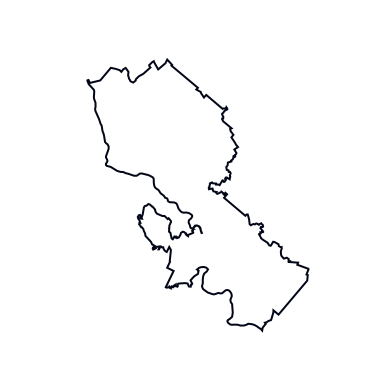 Skrundas pag., Skrundas, Latvia (Albers equal-area conic projection), rotated 322°
{"feature_id": "27541924B9575577948476", "entity_name": "Skrundas pag.", "entity_type": "district", "adm_level": 2, "iso_a3": "LVA", "parent_name": "Latvia", "parent_adm1": "Skrundas", "projection": "albers", "projection_center": [22.046, 56.695], "detail": "fine", "context": "isolated", "style": "outline", "palette": "ink", "viewbox_px": 384, "rotation_deg": 322, "n_neighbors": 0, "source": "geoboundaries", "source_scale": "gbopen_adm2", "svg_char_len": 6105}
<svg xmlns="http://www.w3.org/2000/svg" viewBox="0 0 384 384"><g transform="rotate(322 192 192)"><path d="M115.3,253.4L115.6,253.7L115.7,254.4L115.9,254.7L116.4,253.4L116.6,254.0L117.2,254.5L118.0,254.1L118.4,255.4L119.2,255.3L119.7,254.6L120.9,254.7L120.1,255.1L120.0,255.5L121.4,256.2L122.1,257.6L122.8,257.5L123.5,256.4L123.5,255.8L125.0,255.9L130.0,259.2L132.2,261.3L131.4,264.6L132.7,265.8L134.1,264.5L134.4,264.8L135.7,264.4L136.5,260.7L141.6,259.8L146.3,260.2L148.7,258.1L148.3,257.6L148.8,256.8L148.4,256.2L150.9,256.1L152.8,256.8L155.1,258.3L156.6,260.3L157.0,262.8L154.8,263.7L151.4,263.8L148.9,265.3L146.4,267.8L144.6,270.3L141.7,272.6L141.0,275.1L141.3,276.7L142.6,281.0L145.4,285.3L146.4,286.3L150.6,287.8L152.1,289.5L153.3,290.3L157.6,290.2L158.7,290.4L159.9,291.4L160.6,292.7L160.7,294.6L160.3,296.8L159.2,298.6L156.0,300.5L155.2,301.7L154.7,303.0L154.6,305.0L149.9,312.1L146.8,315.0L143.5,315.3L141.5,315.0L140.6,315.3L140.2,315.9L139.9,317.3L140.6,320.0L141.4,320.9L145.9,324.3L148.2,327.3L150.9,329.3L153.4,330.2L155.1,330.4L157.9,333.1L159.5,335.5L160.6,338.3L161.2,340.6L161.9,342.4L162.0,344.4L164.2,342.4L168.9,341.3L169.0,339.9L170.6,340.6L172.8,340.7L175.5,341.6L182.0,337.0L183.3,335.4L184.7,341.9L228.2,332.8L232.1,328.7L231.4,327.5L236.3,324.6L236.4,324.1L230.2,314.2L232.1,313.0L225.5,307.0L226.4,306.7L225.5,306.0L226.9,304.4L226.2,302.1L223.3,301.0L223.2,297.1L223.8,295.9L225.5,293.4L227.9,291.8L228.7,290.6L228.1,290.4L227.1,288.1L228.0,286.4L226.1,282.0L225.3,281.2L221.2,282.8L220.9,282.8L220.0,281.6L220.3,278.6L218.4,273.0L218.0,271.1L218.7,267.8L219.0,267.5L218.8,267.4L219.0,267.0L218.8,266.7L219.1,266.4L220.6,266.9L221.1,266.4L220.9,266.1L221.1,265.8L221.9,266.5L222.5,266.2L223.1,267.3L223.5,267.3L223.7,267.0L223.7,262.6L224.8,262.0L226.1,263.1L226.8,263.0L227.5,261.5L227.1,259.7L227.2,259.3L225.2,258.8L224.5,259.0L224.0,257.4L223.2,256.3L221.7,256.3L220.7,255.0L217.9,254.4L217.6,252.9L220.2,248.6L222.1,244.0L221.2,243.3L219.4,243.6L213.7,216.3L218.2,215.4L217.8,213.2L215.7,214.2L215.5,212.8L216.1,212.4L215.8,211.7L215.4,209.9L215.1,210.1L210.9,209.1L210.6,208.6L210.6,206.9L211.1,206.9L209.3,204.7L209.5,203.5L209.8,203.3L210.3,201.9L207.1,200.3L207.7,199.1L208.9,198.9L209.0,198.3L210.7,197.2L211.2,196.5L212.0,196.3L213.6,196.8L213.4,197.6L216.2,200.2L215.5,200.9L217.7,202.7L218.0,203.6L223.1,201.6L223.5,202.1L223.3,203.6L223.9,204.0L226.2,203.3L226.0,202.4L226.3,201.9L227.5,201.4L228.3,202.0L228.3,202.6L228.6,202.7L229.5,205.2L231.7,203.3L232.0,202.3L233.8,201.2L234.2,200.5L234.3,199.7L233.3,198.8L234.1,197.4L233.0,196.0L234.3,193.5L236.5,192.9L238.4,190.9L241.6,192.1L241.6,191.6L241.9,191.3L244.1,191.4L245.2,190.9L246.6,189.4L246.9,189.5L247.1,190.6L247.8,190.7L248.1,190.3L247.8,189.3L249.9,189.3L251.0,188.7L251.5,184.6L255.9,184.9L255.8,181.7L256.2,179.8L256.7,173.2L259.8,172.5L259.9,167.9L260.9,165.8L262.4,166.2L260.1,155.6L260.5,153.2L261.1,152.7L261.9,153.2L263.1,151.9L263.1,150.6L263.8,148.9L265.5,148.8L267.5,148.1L270.7,148.6L271.2,147.8L271.3,146.3L270.4,146.8L268.8,146.1L267.9,145.3L267.3,145.3L263.0,124.3L259.6,124.9L260.0,119.4L260.5,118.6L258.5,113.9L260.8,113.5L253.6,79.8L254.6,79.6L254.0,72.4L250.3,74.2L240.8,74.6L242.1,66.2L242.4,65.4L240.5,65.2L236.3,65.7L235.9,66.7L235.9,68.3L226.4,68.9L221.3,68.1L217.2,68.6L216.2,69.5L213.1,69.6L211.9,67.4L211.7,66.4L212.1,65.3L212.1,64.2L213.5,60.7L215.9,58.2L216.1,53.4L213.4,53.0L210.3,53.8L210.0,51.5L207.9,48.3L204.5,44.2L188.4,47.6L178.7,43.2L179.4,40.0L178.4,39.6L178.0,40.0L177.0,43.6L177.6,51.2L176.8,52.7L173.2,56.7L172.1,58.5L171.0,62.1L168.7,65.2L166.7,67.0L165.8,68.7L163.6,77.4L162.0,81.8L161.6,84.2L159.0,88.9L158.2,91.6L157.2,93.8L154.3,99.0L154.3,100.6L154.8,102.4L154.4,104.7L153.2,106.3L152.1,107.2L146.1,111.0L145.5,111.9L145.0,114.3L144.5,115.4L144.0,115.9L141.5,116.8L140.8,117.9L141.0,119.0L143.4,122.2L145.9,129.0L147.9,132.0L150.2,134.0L151.2,136.2L152.8,138.1L156.4,143.6L158.6,145.2L162.2,145.4L163.9,146.5L168.3,152.2L169.6,155.0L170.1,156.5L170.0,158.0L167.7,161.0L166.2,163.6L165.7,165.4L165.8,166.7L166.8,169.9L166.5,173.8L167.4,177.1L167.5,178.5L167.3,180.0L168.4,181.7L168.3,182.7L167.6,184.0L167.5,184.7L168.2,186.4L171.4,189.1L172.4,190.7L172.6,192.3L171.1,197.0L171.1,199.7L171.4,201.4L172.6,203.1L174.9,204.7L176.6,206.7L177.5,209.2L177.7,210.2L177.4,211.1L176.4,211.8L174.7,212.3L172.7,212.3L171.6,212.8L170.4,214.3L169.9,216.8L169.1,218.4L168.9,219.7L169.3,220.6L170.2,221.2L173.7,220.4L175.2,221.3L176.4,223.2L176.6,224.7L176.3,225.9L175.1,228.3L174.6,230.3L174.3,230.2L174.9,228.3L175.9,226.1L176.3,224.0L175.9,222.5L175.4,221.8L174.0,220.8L170.0,221.5L170.1,221.8L169.8,221.6L169.5,222.6L169.2,222.9L168.1,222.8L168.1,224.6L167.7,224.9L162.7,223.5L161.7,224.4L161.2,222.7L161.7,221.5L161.2,221.5L161.4,219.6L161.0,218.5L160.4,217.7L158.3,217.4L156.3,218.7L153.7,219.7L152.5,219.4L152.4,218.6L151.7,218.8L151.6,218.1L152.3,218.1L151.9,218.0L151.8,217.7L152.2,217.6L152.1,217.3L150.8,217.5L150.6,216.3L147.7,217.4L147.4,216.6L147.4,216.0L149.9,210.7L149.5,209.6L149.5,209.1L151.3,207.1L151.4,206.5L152.2,206.1L153.4,204.6L157.0,202.7L157.5,201.9L157.5,199.7L157.4,198.3L156.2,198.4L155.6,194.0L153.9,192.7L151.1,187.6L151.0,186.3L151.3,184.3L152.1,183.2L151.9,179.2L151.5,178.8L151.5,178.2L151.1,176.0L150.2,174.6L147.9,174.8L146.1,174.1L144.8,174.4L139.0,179.6L136.6,181.0L136.2,182.3L135.5,181.7L135.2,180.4L137.0,179.0L136.9,178.0L135.8,177.6L133.9,178.3L133.2,180.0L133.2,181.7L132.3,184.5L131.6,183.9L130.4,185.0L130.6,185.5L130.3,188.4L130.7,188.5L130.9,191.0L130.1,192.9L129.6,195.5L128.3,198.0L129.0,206.1L128.3,208.8L129.0,210.0L128.9,210.7L129.3,211.1L129.6,212.3L129.1,212.7L128.9,212.3L127.0,211.8L126.2,212.4L126.0,213.5L128.5,214.0L128.2,212.6L128.5,212.3L129.5,213.2L129.9,212.9L130.8,213.8L132.9,214.9L132.9,215.2L132.7,215.5L130.4,216.6L130.8,216.9L133.3,215.6L134.0,215.7L134.2,217.1L135.3,217.8L134.7,219.2L134.4,221.1L134.7,222.6L135.2,223.7L140.2,221.3L139.7,224.7L131.8,232.9L131.8,233.4L125.8,236.4L128.9,242.9L112.7,250.9L113.2,251.9L115.5,252.8L115.3,253.4Z" fill="none" stroke="#020617" stroke-width="2"/></g></svg>